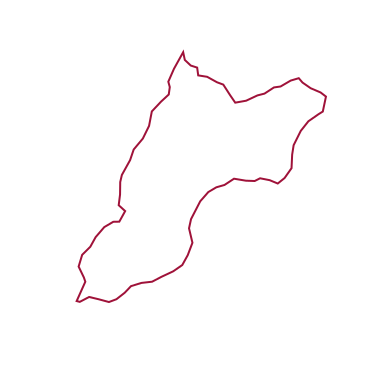 the district of Högsby, Kalmar, Sweden, rotated 299°
{"feature_id": "70781695B22116404340246", "entity_name": "Högsby", "entity_type": "district", "adm_level": 2, "iso_a3": "SWE", "parent_name": "Sweden", "parent_adm1": "Kalmar", "projection": "equal_earth", "projection_center": [15.953, 57.139], "detail": "fine", "context": "isolated", "style": "outline", "palette": "rose", "viewbox_px": 384, "rotation_deg": 299, "n_neighbors": 0, "source": "geoboundaries", "source_scale": "gbopen_adm2", "svg_char_len": 1135}
<svg xmlns="http://www.w3.org/2000/svg" viewBox="0 0 384 384"><g transform="rotate(299 192 192)"><path d="M325.8,267.4L340.4,262.9L341.4,256.2L340.3,245.5L341.3,235.6L343.3,230.2L337.3,224.3L327.2,218.3L323.2,213.0L313.2,207.7L308.2,202.4L298.1,195.1L291.1,186.5L295.1,178.5L301.1,167.3L300.1,160.7L300.1,149.4L297.0,140.9L303.3,136.2L302.0,129.6L304.0,121.7L310.0,116.5L291.0,116.5L277.0,117.8L273.0,121.7L266.0,124.4L256.0,121.1L253.6,120.5L243.0,117.8L229.0,122.4L214.9,123.1L200.9,120.4L189.9,122.4L172.9,122.4L165.9,124.4L154.9,130.3L144.9,134.3L142.9,142.8L130.8,142.8L127.8,137.6L118.8,132.3L105.8,129.6L94.8,129.6L83.8,126.4L71.8,129.0L64.8,138.9L61.8,142.2L40.7,144.0L41.5,147.1L50.3,152.9L52.9,162.2L55.5,172.7L61.6,177.9L71.3,182.0L80.1,184.3L88.0,191.9L94.2,200.6L103.0,206.4L113.5,214.0L123.4,218.9L134.7,218.9L147.8,217.0L158.8,207.0L167.8,204.3L187.9,203.7L199.9,206.3L207.9,211.0L213.9,217.0L224.0,222.3L228.0,233.6L232.0,241.5L237.0,244.9L240.0,254.2L241.0,262.9L249.1,266.2L261.1,267.5L273.2,261.5L282.2,258.2L298.2,257.5L310.3,259.5L321.3,264.9L325.8,267.4Z" fill="none" stroke="#9f1239" stroke-width="2"/></g></svg>